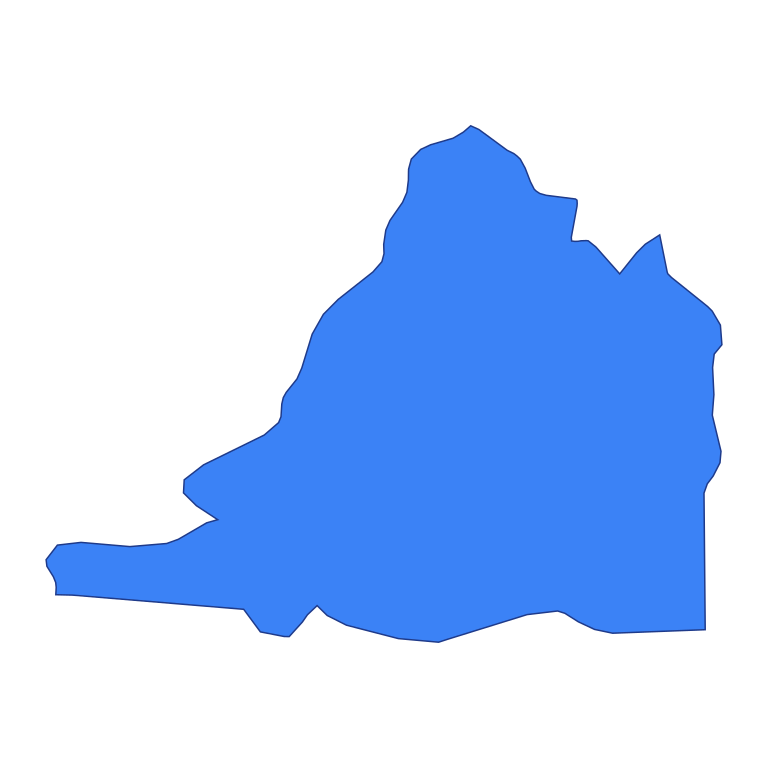 Bântéay Méanchey, Mercator projection
{"feature_id": "KHM-1777", "entity_name": "Bântéay Méanchey", "entity_type": "Province", "adm_level": 1, "iso_a3": "KHM", "parent_name": "Cambodia", "parent_adm1": "", "projection": "mercator", "projection_center": [102.955, 13.824], "detail": "fine", "context": "isolated", "style": "filled", "palette": "blue", "viewbox_px": 768, "rotation_deg": 0, "n_neighbors": 0, "source": "natural_earth", "source_scale": "10m", "svg_char_len": 1431}
<svg xmlns="http://www.w3.org/2000/svg" viewBox="0 0 768 768"><path d="M129.9,546.6L166.7,543.5L178.3,539.3L206.7,522.8L217.7,519.7L196.4,505.7L183.5,492.9L184.2,479.8L203.6,464.8L264.3,435.0L278.6,422.6L281.0,416.7L281.8,404.0L283.3,397.6L286.2,392.4L297.0,378.9L301.8,368.0L312.2,334.1L323.4,314.3L338.2,299.4L372.9,272.0L381.9,261.7L384.0,253.7L383.7,244.4L385.8,230.1L390.0,220.4L402.6,202.3L406.9,192.3L408.4,180.1L408.5,171.9L408.6,169.1L411.3,159.1L420.7,149.4L430.8,144.7L453.1,138.2L463.4,132.1L470.7,125.8L478.9,129.5L507.2,150.3L514.0,153.7L517.1,156.1L520.3,159.2L525.2,168.2L530.4,181.7L534.2,189.2L536.3,191.2L539.8,193.5L546.2,195.3L575.5,199.0L577.0,200.2L577.2,203.5L577.0,206.3L571.3,237.3L571.6,241.0L574.9,241.4L578.1,241.3L581.0,240.8L586.3,240.6L588.2,240.8L595.9,247.0L619.7,273.9L636.7,252.7L645.3,244.2L659.7,234.9L667.2,272.1L667.8,273.8L671.5,277.5L707.7,306.6L712.2,311.1L720.4,325.1L721.9,344.7L714.2,354.1L712.6,367.5L713.9,394.7L712.3,415.2L721.0,451.3L720.0,462.7L713.2,476.0L707.3,483.8L704.0,493.1L705.2,629.7L612.6,633.2L594.5,629.4L578.3,621.8L564.9,613.3L557.6,611.0L527.1,614.6L447.2,639.4L438.6,642.2L398.4,638.6L346.5,625.2L327.2,615.5L317.1,605.6L307.4,614.8L302.4,622.0L289.2,636.6L284.1,636.5L260.4,631.9L243.7,609.3L72.4,595.1L55.8,594.7L56.2,587.4L55.7,582.5L53.4,576.8L46.9,566.3L46.1,559.7L57.4,545.1L81.0,542.4L129.9,546.6Z" fill="#3b82f6" stroke="#1e3a8a" stroke-width="1.5"/></svg>